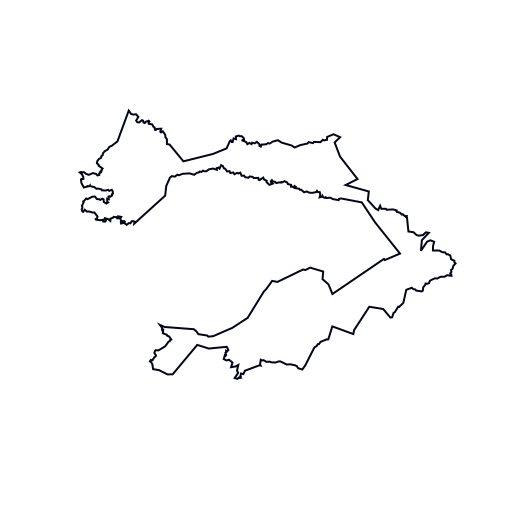 outline of Metlatónoc, Guerrero, Mexico, rotated 107°
{"feature_id": "50627088B85830591431491", "entity_name": "Metlatónoc", "entity_type": "district", "adm_level": 2, "iso_a3": "MEX", "parent_name": "Mexico", "parent_adm1": "Guerrero", "projection": "robinson", "projection_center": [-98.445, 17.124], "detail": "fine", "context": "isolated", "style": "outline", "palette": "ink", "viewbox_px": 512, "rotation_deg": 107, "n_neighbors": 0, "source": "geoboundaries", "source_scale": "gbopen_adm2", "svg_char_len": 6123}
<svg xmlns="http://www.w3.org/2000/svg" viewBox="0 0 512 512"><g transform="rotate(107 256 256)"><path d="M117.8,210.3L116.9,217.5L121.4,222.8L124.1,222.1L125.5,224.6L125.3,226.0L128.3,227.7L130.0,234.0L131.4,234.5L131.7,238.9L133.5,239.8L137.0,246.1L140.9,250.7L139.9,254.5L140.1,264.4L138.9,268.9L141.8,273.6L144.4,275.7L144.6,277.7L146.1,278.8L147.8,283.1L150.0,283.4L149.7,284.9L148.2,285.2L146.6,288.6L148.6,290.1L148.7,292.8L150.3,293.0L149.8,295.3L151.6,297.0L149.9,298.6L149.5,302.8L148.9,302.8L148.2,301.5L146.7,302.3L145.6,304.8L146.2,306.5L145.9,307.7L147.6,310.2L150.1,309.3L150.1,311.8L153.9,311.7L154.1,312.4L152.8,313.9L153.9,314.6L161.7,315.6L171.0,327.0L186.7,353.1L174.7,371.2L175.0,373.9L170.4,375.3L168.8,377.4L166.7,378.2L164.0,381.6L165.6,383.0L165.1,383.9L162.0,383.9L163.5,388.0L164.7,388.6L164.8,389.6L162.7,390.6L162.3,392.0L160.5,393.7L160.9,397.2L160.1,397.7L158.6,397.2L158.0,398.2L159.9,400.7L161.4,401.3L161.2,402.7L159.6,403.5L159.4,404.8L162.5,406.9L162.8,408.5L161.6,410.2L157.3,409.2L155.5,412.2L156.6,414.5L156.7,416.9L154.2,420.2L186.9,422.0L192.7,426.1L194.6,428.2L197.6,429.0L199.9,431.2L202.3,432.3L204.6,432.2L205.7,433.1L207.5,432.9L209.3,434.7L211.6,435.5L213.8,435.3L214.8,433.1L215.7,432.9L217.2,428.3L220.6,429.4L220.4,428.6L221.1,428.7L223.2,430.1L224.3,429.6L225.3,431.2L224.3,432.8L224.4,436.2L227.3,439.7L227.1,442.7L226.1,445.1L226.8,446.3L226.6,447.5L227.6,449.0L228.7,446.4L231.0,444.2L232.8,443.7L233.5,445.6L234.3,445.7L237.5,444.1L240.8,440.6L239.1,437.9L238.4,437.7L238.3,436.2L237.3,435.6L237.7,435.5L237.4,430.8L238.4,428.2L237.7,426.9L237.5,423.1L238.2,422.4L237.4,419.0L236.0,416.9L236.6,415.4L234.9,413.3L235.8,412.1L238.1,411.0L239.1,411.9L240.3,411.4L241.8,412.5L241.6,413.3L242.2,414.4L244.7,413.4L244.7,415.1L247.6,414.2L248.0,413.1L249.6,414.4L248.8,417.4L246.4,418.3L246.1,419.7L247.9,421.4L247.5,422.3L248.1,424.8L246.3,427.2L246.4,428.0L247.1,429.8L250.9,433.7L250.6,435.2L254.0,436.7L254.8,437.8L254.6,436.8L255.2,436.5L258.8,437.1L260.6,436.1L262.5,436.3L264.1,435.2L264.3,434.2L261.8,433.3L263.0,430.7L262.3,429.0L262.2,424.7L261.6,423.3L264.6,419.1L266.3,419.0L267.6,420.1L268.0,419.7L267.3,415.2L266.1,413.0L267.7,412.2L267.3,410.5L265.9,409.8L265.3,410.2L265.3,411.4L264.0,411.5L264.0,408.0L265.0,405.6L262.8,406.1L261.4,404.1L260.2,403.6L259.8,400.8L260.5,399.8L260.2,398.5L259.7,398.4L258.9,400.0L258.4,399.7L258.0,396.3L260.1,396.7L261.7,395.1L263.0,395.3L264.4,394.5L263.4,392.9L261.6,393.5L261.2,392.2L261.5,391.5L263.0,391.5L264.0,388.8L261.7,387.2L261.4,385.6L259.2,385.1L258.7,384.3L258.6,382.2L260.7,381.9L224.8,360.5L215.3,362.3L206.2,361.2L204.2,359.8L203.8,356.8L201.3,355.0L201.3,353.3L198.9,350.3L196.4,343.7L196.4,338.8L193.9,337.1L192.5,334.7L191.7,334.5L191.5,332.7L189.8,331.6L190.1,330.2L189.5,328.3L187.0,326.5L184.9,322.6L185.0,318.6L183.4,319.2L182.4,317.7L183.1,316.4L179.3,315.9L179.7,314.0L181.5,312.4L181.5,311.1L183.6,308.3L182.6,306.1L184.2,304.8L182.8,302.2L184.1,300.5L182.0,298.4L182.3,297.2L180.9,295.4L183.5,293.2L182.6,290.9L183.8,289.5L183.4,286.1L181.8,285.3L181.3,282.4L182.1,280.9L180.6,276.6L182.4,275.7L182.4,274.9L178.9,272.0L180.5,270.6L181.0,267.7L182.3,267.5L184.0,263.9L182.0,261.3L181.7,262.6L180.3,263.7L178.8,263.0L179.9,261.5L179.4,259.7L180.3,257.9L178.8,255.3L178.5,253.5L177.8,253.4L177.7,252.1L176.1,250.7L176.6,247.6L177.9,246.5L177.7,243.3L179.5,242.8L179.0,241.5L179.4,240.3L177.7,239.7L178.3,238.1L179.6,238.3L179.1,234.5L179.9,233.1L179.4,232.1L181.0,228.7L179.4,226.2L179.9,224.0L179.2,220.7L177.4,217.3L175.9,216.8L176.8,215.7L176.3,213.7L178.8,212.4L181.3,212.3L180.1,210.3L179.0,210.1L180.1,209.1L180.3,207.0L179.4,206.5L179.9,205.5L178.5,202.0L179.1,199.1L178.4,193.3L177.0,193.2L176.1,191.4L173.8,170.5L189.0,152.0L211.6,119.0L222.2,131.6L221.4,132.8L270.0,171.8L261.9,178.4L258.7,185.6L251.2,187.2L251.3,200.9L254.9,204.5L255.2,207.1L274.5,227.9L275.1,233.3L284.6,236.5L287.7,238.1L317.6,245.9L331.6,257.6L345.1,273.4L347.1,278.0L346.3,279.3L347.6,288.3L345.5,290.9L344.2,294.1L350.6,322.6L350.0,327.7L351.9,325.1L354.3,324.1L353.6,323.2L357.1,322.4L357.4,318.3L358.2,317.6L358.3,315.6L360.7,312.6L361.4,313.5L362.8,313.6L363.5,314.6L368.9,316.4L374.8,321.7L375.4,324.4L376.3,324.8L378.4,324.9L380.2,322.7L381.4,322.6L382.6,323.7L386.0,324.5L386.2,326.2L387.8,326.6L388.2,325.2L389.8,323.5L394.3,321.3L393.5,315.4L395.1,306.0L393.5,301.1L358.2,286.2L358.3,274.1L351.4,257.4L354.0,255.0L355.9,255.9L355.6,256.8L356.8,256.3L357.4,256.9L359.5,255.6L360.4,255.9L360.1,256.8L364.0,256.7L364.5,253.8L363.1,251.5L364.8,247.3L369.6,247.3L367.5,243.1L365.4,241.1L371.3,240.6L372.9,238.9L378.9,240.7L379.0,237.9L377.8,237.2L377.1,235.4L376.7,236.2L375.9,235.2L375.2,235.8L372.7,235.9L372.7,233.6L368.9,233.0L359.4,220.6L359.4,219.6L358.4,220.5L353.8,221.1L354.1,219.5L353.4,218.3L354.2,215.2L353.1,212.2L353.1,209.8L352.2,206.3L350.0,203.2L349.7,201.7L350.8,194.9L349.5,191.4L349.1,186.9L349.4,184.7L351.0,182.9L351.0,178.5L346.1,176.9L326.3,173.4L324.6,171.8L322.2,171.1L321.8,170.0L319.3,169.2L315.3,164.4L314.6,162.5L301.0,162.4L302.2,140.1L298.1,140.5L271.4,132.8L269.5,118.9L275.6,109.5L274.8,107.9L270.2,107.8L269.1,106.8L262.9,105.2L262.9,104.3L257.8,101.4L244.4,102.4L240.8,97.7L241.7,95.9L241.4,94.1L242.2,92.7L241.4,87.2L240.6,86.4L236.8,86.9L234.2,85.7L232.7,85.8L232.5,84.1L231.4,82.6L228.9,82.5L227.6,81.3L225.1,78.5L224.5,76.0L222.0,73.6L220.7,69.7L218.5,67.6L217.8,63.3L216.5,63.9L216.6,64.5L215.8,65.2L214.0,64.5L212.4,65.4L210.7,64.3L207.7,64.4L204.8,63.0L204.1,64.4L202.5,64.9L202.1,68.4L198.7,70.4L198.2,73.0L198.7,74.2L197.3,76.3L197.9,78.9L197.2,82.3L199.0,88.4L194.8,89.6L190.3,89.8L190.0,93.8L192.3,96.6L202.8,99.8L192.4,102.0L183.3,97.5L183.7,100.5L187.2,102.5L189.0,106.4L189.0,108.6L187.2,112.4L188.0,117.4L175.0,122.9L174.9,123.7L173.8,123.6L174.3,125.2L173.2,127.8L173.8,128.5L172.5,131.1L172.6,134.1L171.3,134.9L171.7,135.5L171.2,136.3L171.5,138.9L173.6,144.6L172.9,145.5L174.2,150.0L171.7,152.0L176.4,152.6L175.5,155.9L169.9,165.4L161.3,167.0L161.9,191.0L152.7,181.4L136.4,204.7L124.4,214.0L117.8,210.3Z" fill="none" stroke="#020617" stroke-width="2"/></g></svg>